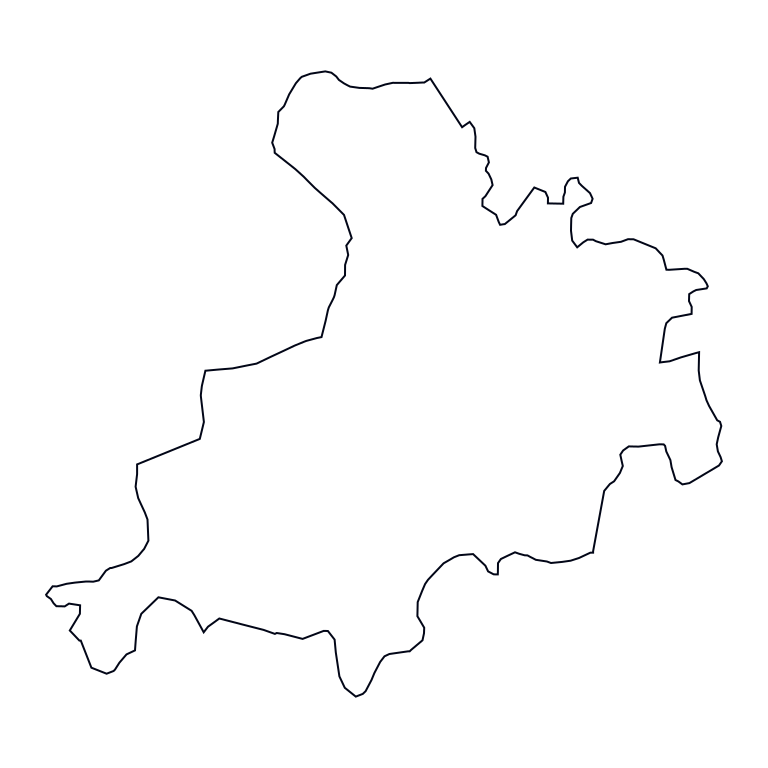 Kafr Saqr, Ash Sharqiyah, Egypt
{"feature_id": "37247803B80912790531935", "entity_name": "Kafr Saqr", "entity_type": "district", "adm_level": 2, "iso_a3": "EGY", "parent_name": "Egypt", "parent_adm1": "Ash Sharqiyah", "projection": "albers", "projection_center": [31.663, 30.836], "detail": "fine", "context": "isolated", "style": "outline", "palette": "ink", "viewbox_px": 768, "rotation_deg": 0, "n_neighbors": 0, "source": "geoboundaries", "source_scale": "gbopen_adm2", "svg_char_len": 4157}
<svg xmlns="http://www.w3.org/2000/svg" viewBox="0 0 768 768"><path d="M717.2,420.3L709.1,406.0L706.5,400.3L705.2,396.0L699.9,380.4L698.7,370.5L699.1,352.2L695.7,353.1L680.9,357.4L669.6,361.3L662.8,362.1L659.9,362.5L664.8,328.8L666.3,323.2L672.0,317.7L691.6,313.9L691.7,306.9L689.0,301.1L689.2,294.1L693.4,291.4L696.2,290.0L706.7,288.4L707.8,286.3L706.5,283.4L703.8,279.1L698.3,273.3L694.2,271.8L687.3,268.8L684.5,268.8L669.1,269.8L666.4,269.7L663.8,259.8L662.5,255.5L659.5,252.4L658.4,251.2L655.7,248.3L633.6,239.3L628.0,239.2L621.0,241.8L612.6,243.0L605.6,244.3L595.9,241.2L593.1,239.7L590.3,239.7L587.6,239.6L583.3,242.3L577.2,247.3L572.2,240.6L571.0,230.7L571.1,225.1L571.3,218.0L572.8,213.8L577.1,209.7L579.9,207.0L591.1,203.0L592.6,198.8L592.0,197.4L590.0,193.1L581.8,185.8L579.0,182.9L577.7,177.7L570.8,178.5L567.9,181.3L565.0,186.8L564.9,192.5L563.4,196.7L563.2,203.7L547.9,203.4L548.0,197.7L545.4,192.0L534.3,187.5L517.1,211.1L515.6,215.3L504.8,224.1L503.7,224.2L500.1,224.8L498.7,221.9L496.1,214.8L489.2,210.4L482.4,206.0L482.5,200.8L482.5,198.9L485.4,196.2L492.6,185.1L491.3,179.4L488.6,173.7L485.9,170.8L486.0,168.0L488.9,162.4L487.6,156.7L484.8,155.3L479.3,153.7L476.5,152.2L475.2,148.0L475.5,136.7L474.3,128.2L469.7,121.9L465.3,124.9L462.1,127.2L430.4,78.6L424.3,82.5L423.1,82.5L417.0,82.8L409.7,83.1L408.6,82.9L396.1,82.9L392.9,82.8L385.1,84.5L376.7,87.3L372.6,88.7L369.2,88.2L359.4,87.9L350.1,86.6L347.5,85.3L344.0,83.4L338.9,79.9L336.3,76.5L331.4,72.7L325.3,71.4L323.3,71.7L310.5,73.7L305.5,75.5L301.8,76.8L300.3,78.1L295.9,83.2L289.2,94.3L284.8,104.5L283.9,106.3L278.3,112.0L277.9,120.6L277.8,123.7L274.1,136.5L272.2,142.7L274.6,149.1L274.6,150.5L274.7,152.8L295.3,169.1L303.8,176.8L307.2,180.3L311.2,184.3L314.9,188.0L320.8,193.2L331.3,202.3L332.4,203.2L344.0,214.9L348.4,228.2L351.7,238.1L346.3,245.6L348.2,255.0L345.1,264.9L345.0,275.5L336.8,285.1L334.6,295.2L333.9,297.3L332.4,300.4L328.8,307.4L327.9,310.3L325.6,320.9L321.5,337.1L317.0,338.0L306.3,340.9L304.2,341.7L294.9,345.5L293.8,346.0L284.1,350.6L270.8,356.8L256.6,363.6L246.9,365.5L232.6,368.4L217.7,369.6L206.8,370.6L205.4,370.7L202.0,385.4L201.8,386.5L200.8,395.2L200.9,396.6L203.9,422.0L201.9,430.3L199.8,438.9L137.1,464.4L137.1,474.1L135.6,486.7L138.2,498.1L140.8,503.8L144.8,512.4L147.5,519.5L148.4,540.7L144.1,549.0L142.7,550.6L138.3,555.9L131.3,561.4L124.2,564.1L111.6,568.0L110.2,568.0L105.9,570.7L98.8,580.4L93.2,581.7L88.1,581.5L86.2,581.5L75.0,582.6L66.6,583.8L56.8,586.4L52.6,586.3L46.1,594.7L46.8,596.1L50.9,599.0L53.6,603.3L56.4,606.2L62.0,606.3L64.7,606.4L69.0,603.6L80.1,605.3L79.9,613.8L69.8,630.5L74.2,635.1L79.4,640.6L80.8,640.6L91.4,667.7L106.6,673.7L113.6,671.0L115.0,669.6L119.4,662.7L126.5,654.4L135.0,650.4L135.7,640.9L136.9,626.4L141.3,613.8L146.5,608.8L152.7,602.8L158.4,597.3L175.1,600.5L191.6,610.8L194.3,615.1L201.7,628.6L203.7,632.3L208.0,626.7L213.7,622.6L219.3,618.5L234.4,622.4L237.2,623.1L241.3,624.2L263.6,629.9L274.9,633.9L276.7,633.0L279.3,633.4L284.5,634.2L288.0,635.1L302.6,638.9L307.6,637.0L323.7,630.9L327.9,631.0L334.6,639.6L335.8,652.4L339.4,676.4L344.8,687.8L355.8,696.6L362.8,693.9L365.6,691.2L371.5,680.0L374.4,673.0L380.2,661.9L384.5,656.3L389.4,654.0L408.3,651.3L409.7,651.3L411.1,649.9L422.5,640.3L424.0,633.3L424.2,627.7L420.6,621.6L417.4,616.2L417.7,602.1L422.1,591.0L425.1,584.0L428.0,579.8L432.3,575.2L443.6,563.3L449.7,559.8L453.9,557.3L459.2,555.2L469.0,554.4L473.1,554.1L478.2,558.9L485.4,565.7L488.1,571.4L493.6,574.3L495.3,574.4L496.4,574.4L497.8,574.4L497.9,571.6L498.0,563.1L500.9,559.0L506.7,556.2L515.0,552.3L519.2,553.8L524.7,555.3L527.5,555.4L530.2,556.9L533.0,558.3L535.8,559.8L546.9,561.5L551.0,563.0L562.2,561.9L570.6,560.7L579.0,558.0L590.3,552.7L593.1,552.7L593.1,551.3L598.5,521.9L604.2,490.9L609.9,484.0L614.1,481.3L619.9,473.0L622.8,466.0L621.5,460.3L620.3,454.7L623.1,450.5L628.8,446.4L633.0,446.5L638.6,446.6L659.5,444.3L663.7,444.4L665.1,445.9L666.3,451.5L670.4,460.1L671.6,467.2L675.5,480.0L678.3,481.4L679.3,482.1L682.4,484.4L689.4,483.1L719.0,465.5L721.9,461.3L720.6,457.1L717.9,451.4L716.7,444.3L718.2,437.3L721.3,426.0L720.0,421.8L717.2,420.3Z" fill="none" stroke="#020617" stroke-width="2"/></svg>